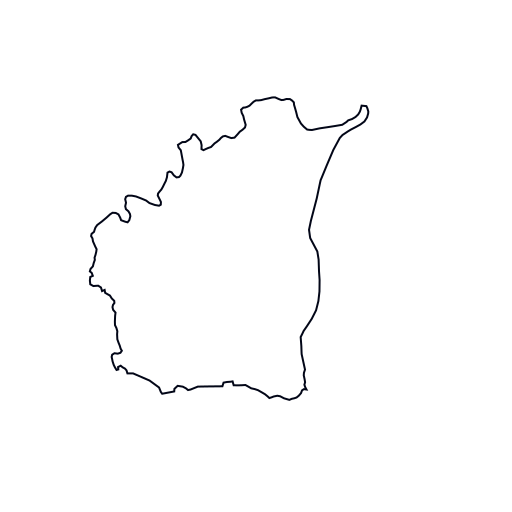 Barra do Quaraí, Rio Grande do Sul, Brazil (Mercator projection), rotated 141°
{"feature_id": "56859067B54951640947234", "entity_name": "Barra do Quaraí", "entity_type": "district", "adm_level": 2, "iso_a3": "BRA", "parent_name": "Brazil", "parent_adm1": "Rio Grande do Sul", "projection": "mercator", "projection_center": [-57.339, -30.127], "detail": "fine", "context": "isolated", "style": "outline", "palette": "ink", "viewbox_px": 512, "rotation_deg": 141, "n_neighbors": 0, "source": "geoboundaries", "source_scale": "gbopen_adm2", "svg_char_len": 3691}
<svg xmlns="http://www.w3.org/2000/svg" viewBox="0 0 512 512"><g transform="rotate(141 256 256)"><path d="M429.8,245.7L425.4,242.1L417.1,226.2L414.1,214.8L415.5,210.2L415.6,208.0L404.8,202.2L403.0,204.1L398.6,204.4L395.1,200.5L393.7,197.2L393.2,194.6L390.9,193.4L387.6,192.4L383.4,191.1L376.6,185.8L364.1,175.9L360.9,178.0L357.9,176.4L354.9,174.3L353.1,173.3L354.7,169.6L352.1,167.4L350.2,165.9L348.5,164.6L345.4,162.4L344.2,159.4L343.0,156.2L340.7,153.3L338.9,150.5L337.2,146.1L336.0,142.9L335.3,139.5L335.0,137.2L332.7,136.3L330.7,135.7L327.4,134.0L325.5,131.8L323.8,127.8L322.0,125.2L320.6,123.2L318.1,122.5L315.7,121.3L313.5,120.5L310.7,120.5L307.3,121.1L304.8,122.6L302.6,122.4L300.8,120.5L300.3,123.1L299.4,125.5L297.3,127.0L295.7,129.8L294.0,133.2L292.2,135.1L289.4,136.9L282.3,151.0L280.9,152.9L277.5,157.4L272.3,164.9L269.2,166.3L266.1,167.8L260.6,169.4L252.2,172.1L243.5,176.0L235.9,181.7L229.0,188.5L221.7,197.3L216.7,204.4L209.6,213.8L205.5,220.9L204.2,227.6L202.6,235.8L201.5,237.7L199.8,240.5L198.3,243.0L191.2,248.8L184.4,253.8L172.6,262.5L159.9,272.8L158.0,274.3L155.9,275.4L144.0,281.9L129.1,289.8L116.6,295.0L112.6,295.6L108.5,295.2L106.2,295.0L102.5,294.5L97.2,293.4L92.1,292.5L87.1,292.3L82.5,293.8L79.2,296.1L77.8,297.6L76.5,300.7L75.9,303.0L79.3,306.4L82.4,304.1L84.5,302.8L87.5,301.7L91.2,301.4L95.2,302.0L99.0,303.4L101.3,303.2L106.4,303.7L112.8,307.3L119.0,310.9L126.3,315.2L133.2,318.7L135.2,320.5L136.7,322.1L137.5,326.5L137.7,330.7L136.4,337.9L134.2,342.6L132.4,346.8L131.3,349.5L129.9,351.6L130.2,354.4L130.9,356.6L133.6,358.9L136.4,360.0L138.1,361.2L139.5,363.6L141.3,367.2L143.6,369.0L147.0,370.6L150.5,372.4L153.9,373.9L156.2,375.4L158.2,377.0L160.8,377.4L163.5,377.2L166.4,376.9L168.8,377.4L170.9,378.2L172.5,379.3L175.5,379.1L177.0,376.3L177.8,372.7L179.3,369.7L180.5,366.8L181.5,364.4L183.7,362.8L187.0,362.6L190.4,362.8L193.5,362.2L198.2,361.5L201.0,363.2L202.8,366.1L204.3,368.7L206.5,369.8L209.1,369.8L211.3,369.4L214.7,369.4L217.3,369.6L222.3,369.0L225.1,370.0L228.0,370.8L230.2,371.3L231.1,373.4L228.5,376.4L226.8,379.9L226.8,383.0L226.8,388.2L228.2,390.1L230.6,389.7L232.8,388.4L236.0,388.6L239.1,389.0L241.6,390.9L246.7,391.5L247.9,389.1L247.9,385.5L249.3,382.9L251.2,379.4L252.5,377.0L253.7,374.7L255.1,372.4L257.7,370.1L261.0,367.5L264.2,366.0L266.2,365.8L268.3,367.1L269.1,370.4L268.9,374.2L270.1,376.1L272.3,376.5L275.7,373.2L278.8,371.1L281.3,370.0L285.2,368.2L287.8,367.2L290.2,366.8L292.8,366.2L294.3,364.8L295.3,360.3L295.9,357.8L297.7,355.8L299.7,356.1L302.5,359.3L305.5,364.2L306.5,368.3L308.9,372.8L311.8,377.8L314.5,381.0L317.4,383.4L319.8,383.8L321.9,382.5L323.5,379.2L326.3,377.0L327.6,374.3L327.0,371.0L327.5,368.0L328.6,366.0L331.9,363.6L334.6,363.0L336.1,365.0L338.3,368.7L337.4,371.3L336.7,374.9L337.9,377.7L340.3,379.9L343.0,380.2L348.0,379.9L354.0,379.8L359.9,380.0L362.8,379.2L364.8,378.0L366.7,376.7L369.8,376.7L371.6,375.3L372.0,372.6L373.5,369.9L375.0,364.4L375.6,361.6L377.4,359.9L380.0,357.9L382.5,356.3L383.7,354.4L386.5,352.7L389.3,350.6L392.7,350.1L394.8,348.6L394.3,346.3L395.3,343.3L398.0,344.0L400.6,341.4L402.6,338.3L401.3,335.0L399.1,333.5L397.3,332.2L396.3,329.1L397.7,325.6L395.0,324.9L396.4,322.3L395.3,319.4L394.4,317.2L394.8,313.8L394.4,310.4L395.6,308.6L397.9,308.0L399.7,306.6L400.9,304.1L400.8,300.4L403.1,298.2L406.9,293.9L409.1,291.0L409.8,287.9L411.1,284.8L413.2,282.6L414.6,280.7L416.2,278.5L417.4,275.1L418.3,272.1L419.5,269.2L419.9,266.8L422.3,266.1L424.9,267.1L427.2,269.5L429.9,269.8L431.7,268.4L432.8,266.2L433.8,264.3L435.1,260.9L435.7,258.2L436.1,255.2L434.4,254.5L433.1,256.5L430.2,255.9L429.7,253.4L428.7,251.0L428.6,248.6L429.8,245.7Z" fill="none" stroke="#020617" stroke-width="2"/></g></svg>